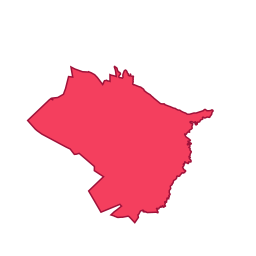 outline of Xilitla, San Luis Potosí, Mexico, rotated 319°
{"feature_id": "50627088B96326519449072", "entity_name": "Xilitla", "entity_type": "district", "adm_level": 2, "iso_a3": "MEX", "parent_name": "Mexico", "parent_adm1": "San Luis Potosí", "projection": "equal_earth", "projection_center": [-98.973, 21.391], "detail": "fine", "context": "isolated", "style": "filled", "palette": "rose", "viewbox_px": 256, "rotation_deg": 319, "n_neighbors": 0, "source": "geoboundaries", "source_scale": "gbopen_adm2", "svg_char_len": 5827}
<svg xmlns="http://www.w3.org/2000/svg" viewBox="0 0 256 256"><g transform="rotate(319 128 128)"><path d="M159.9,187.6L160.3,187.2L160.3,185.7L160.4,185.3L160.5,185.1L161.3,184.4L161.5,183.8L161.3,182.9L161.3,182.6L161.8,182.6L162.3,182.6L162.8,182.4L163.2,181.8L163.4,181.1L163.8,181.0L164.9,181.4L165.4,181.4L165.6,181.1L165.4,180.6L165.2,179.8L165.0,179.7L164.4,179.9L162.3,180.1L162.0,179.9L161.9,179.7L162.2,179.2L162.3,179.1L164.0,179.0L164.2,178.9L164.4,178.6L164.4,177.6L164.7,177.4L165.7,178.2L166.2,178.4L166.6,178.3L166.7,177.9L167.0,177.9L166.7,175.6L166.0,173.1L166.1,172.0L166.6,170.0L166.8,169.8L167.0,169.8L167.6,170.7L168.1,170.9L169.4,170.4L170.3,170.3L170.8,170.5L171.5,171.4L171.8,171.5L172.0,171.3L172.0,170.8L172.5,170.1L173.4,170.1L175.3,170.4L176.2,170.3L176.8,169.5L177.0,168.9L177.7,168.5L178.3,168.1L178.9,168.0L179.3,167.3L179.4,166.9L178.8,165.7L178.5,164.8L178.6,164.4L178.7,164.2L179.0,164.1L179.6,164.4L180.4,165.1L180.9,166.2L180.9,166.6L181.0,166.9L181.6,167.8L181.9,167.9L182.1,167.7L182.3,167.4L182.6,167.3L182.9,167.5L182.9,168.0L182.6,168.8L182.4,169.0L181.6,169.1L181.4,169.3L181.2,169.5L181.4,170.3L181.6,170.4L182.0,170.3L182.2,170.5L182.6,170.5L183.0,170.4L183.9,169.3L184.2,169.2L184.4,169.3L184.8,169.7L186.1,170.3L187.4,169.8L188.0,169.6L188.9,169.8L189.5,170.1L190.3,170.2L190.7,169.8L191.1,169.0L191.7,169.0L192.0,169.5L192.4,170.7L192.8,171.0L195.0,171.7L195.5,172.3L196.1,173.1L196.4,173.4L196.7,173.5L197.5,173.1L198.7,172.9L200.2,172.5L201.5,171.4L201.9,171.2L203.1,171.1L203.6,170.6L203.6,170.2L203.6,169.9L202.9,169.2L202.1,169.1L201.5,168.8L200.3,168.0L198.9,166.7L198.5,164.7L197.8,164.2L196.1,164.3L190.7,162.0L189.2,161.4L187.5,159.9L183.5,158.0L181.8,156.5L181.3,154.6L180.2,152.7L179.3,150.6L178.7,148.4L177.7,147.5L176.9,145.8L176.6,144.5L176.4,144.0L176.2,143.8L175.6,143.2L174.0,139.9L173.9,139.6L173.2,138.5L171.1,134.5L171.3,133.9L171.0,133.3L170.5,133.1L168.8,131.4L168.4,130.4L167.0,122.0L167.0,121.3L166.7,119.7L166.5,117.3L165.4,113.9L165.0,111.8L164.9,110.9L164.7,110.6L165.1,109.6L165.2,108.9L164.4,105.5L163.4,104.0L161.1,99.5L160.7,99.2L160.4,98.0L160.9,97.5L161.4,97.0L162.2,96.6L162.6,96.0L162.6,95.8L163.1,95.3L164.1,94.5L164.6,93.4L165.6,93.0L165.8,92.8L165.9,92.5L165.9,92.3L165.6,92.0L164.9,91.5L164.4,90.7L164.4,90.4L164.7,89.6L165.2,89.3L165.2,89.0L165.1,88.9L164.9,89.0L164.2,89.6L163.9,89.8L163.6,89.8L163.3,89.7L162.9,88.6L162.9,88.4L163.6,87.5L163.7,87.2L163.7,85.9L163.8,85.5L164.3,84.6L164.3,83.0L164.1,82.6L163.8,82.5L162.8,82.4L161.2,83.2L159.6,84.1L158.7,84.8L157.5,86.4L156.8,86.7L156.5,86.7L156.3,86.5L155.6,85.3L154.7,84.5L154.5,84.0L154.5,83.7L154.8,83.2L155.9,82.6L157.5,82.5L157.9,82.1L158.1,81.6L158.2,80.7L157.6,79.3L157.6,79.0L158.1,77.2L158.8,75.9L158.9,75.3L158.9,74.9L158.4,73.6L158.4,72.8L158.1,72.7L157.7,73.0L156.6,75.6L156.0,76.8L152.9,81.4L151.4,79.0L150.0,77.1L149.4,75.9L145.0,81.0L144.7,80.4L143.5,79.1L143.2,78.0L142.7,77.6L142.6,77.2L142.6,77.4L142.4,77.5L142.0,77.3L141.7,77.2L141.3,76.9L139.1,77.7L139.0,77.8L139.0,78.0L137.4,78.6L138.0,69.7L137.8,65.9L136.5,62.3L135.1,59.6L134.7,59.7L130.6,55.7L126.6,48.6L125.0,44.5L122.1,49.3L119.7,53.3L116.9,50.2L106.7,57.3L101.4,60.2L95.0,58.9L90.2,55.6L89.9,56.1L89.8,57.3L89.7,57.3L89.6,56.8L89.2,56.3L89.0,55.2L87.5,55.2L87.4,55.1L57.2,56.5L57.3,68.1L57.7,70.6L59.0,76.1L68.7,101.5L70.6,106.0L70.2,112.7L71.9,113.9L74.5,115.1L77.4,135.0L74.6,138.1L77.6,148.7L57.0,149.7L52.4,173.8L71.8,180.3L71.8,182.0L71.9,182.7L65.9,182.5L62.7,182.2L58.1,182.4L59.6,184.9L60.3,186.5L60.7,187.0L61.1,188.0L61.7,188.9L64.3,190.8L65.3,191.7L70.2,194.6L70.7,195.8L71.0,203.9L77.2,202.3L78.5,200.1L79.7,200.1L82.9,198.8L85.2,199.7L84.6,201.1L84.6,201.3L85.3,202.0L85.6,201.5L85.7,202.3L85.8,202.3L86.3,202.6L86.2,202.9L86.6,203.2L86.7,203.8L87.1,204.5L94.2,210.2L94.4,210.8L94.9,211.5L95.2,211.4L95.5,211.2L95.7,210.5L96.0,209.3L96.6,208.6L96.7,207.6L96.9,207.6L97.2,207.6L97.2,208.1L97.2,208.3L97.4,208.8L98.2,209.2L98.4,209.2L99.0,208.8L99.6,208.6L100.0,208.7L100.8,209.3L101.1,209.0L101.4,208.7L101.5,208.7L101.6,208.9L101.8,209.8L102.3,210.1L103.0,209.5L103.3,209.9L103.1,210.5L103.0,211.2L103.2,211.3L103.6,211.1L104.3,211.1L104.7,211.3L104.8,211.5L105.0,211.5L105.1,211.4L105.2,210.1L105.4,209.9L106.2,209.6L106.7,209.3L107.0,208.2L107.3,207.9L108.0,208.3L108.2,208.6L108.2,208.9L108.3,209.2L108.5,209.2L108.8,208.9L109.3,208.2L109.8,207.9L110.4,207.8L110.8,207.1L111.4,206.6L111.5,206.6L111.9,207.0L112.1,207.6L112.1,207.9L112.3,208.1L112.8,207.5L112.9,207.2L113.1,206.9L113.7,207.1L114.1,206.9L114.7,205.7L115.8,205.9L116.2,205.7L116.5,205.1L116.6,204.2L116.9,203.6L117.5,203.0L117.7,202.7L118.0,202.4L118.4,202.2L119.6,202.0L119.9,201.8L120.4,201.8L120.6,201.6L121.3,200.3L121.7,199.7L122.0,199.6L122.9,199.6L123.2,199.7L124.3,199.6L124.8,199.0L125.2,198.9L125.6,199.1L126.7,198.5L127.9,197.6L128.8,197.7L130.2,198.0L131.5,197.8L132.3,197.4L132.3,197.2L132.9,196.6L133.1,196.5L133.3,196.7L133.8,196.7L134.5,197.7L135.1,198.0L135.7,198.1L136.5,197.7L137.7,197.6L139.3,197.3L139.6,197.4L140.0,198.2L140.5,198.2L141.0,198.5L141.5,198.8L142.3,198.3L142.6,198.4L143.1,198.4L143.4,198.0L143.3,197.3L143.2,197.0L142.7,195.9L142.8,195.6L143.2,195.0L143.3,194.8L143.2,193.8L143.6,193.4L143.8,193.3L144.2,193.3L145.3,193.1L145.9,192.8L146.1,192.5L146.0,191.9L146.0,191.7L146.4,191.5L147.0,192.1L148.5,190.9L148.8,190.9L148.9,191.1L148.8,192.2L148.9,192.4L149.5,192.9L149.8,193.4L149.9,194.1L150.1,194.3L150.5,194.3L150.7,194.2L151.1,193.8L151.7,193.5L152.2,194.1L153.0,194.7L153.4,194.8L154.0,194.2L154.2,193.8L154.3,193.2L154.3,191.7L154.5,191.1L155.1,191.1L155.6,191.0L155.6,190.6L155.3,190.3L155.2,190.0L155.1,189.8L155.3,189.6L155.5,189.5L156.3,189.7L156.6,189.6L156.8,189.4L157.1,188.9L158.6,188.1L159.4,187.9L159.9,187.6Z" fill="#f43f5e" stroke="#9f1239" stroke-width="1.5"/></g></svg>